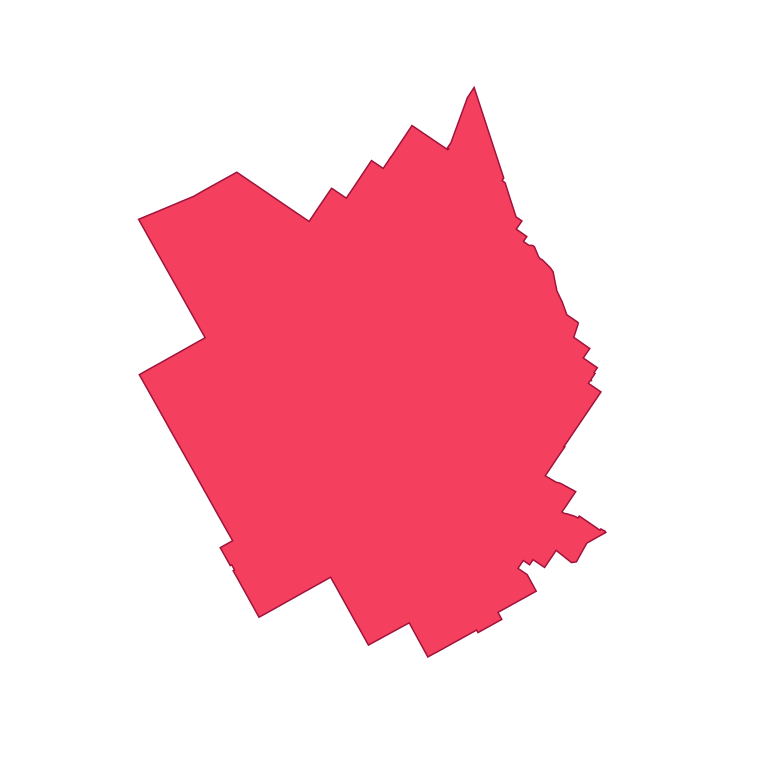 outline of Toodyay, Western Australia, Australia, rotated 331°
{"feature_id": "25037944B97460463632510", "entity_name": "Toodyay", "entity_type": "district", "adm_level": 2, "iso_a3": "AUS", "parent_name": "Australia", "parent_adm1": "Western Australia", "projection": "albers", "projection_center": [116.439, -31.47], "detail": "fine", "context": "isolated", "style": "filled", "palette": "rose", "viewbox_px": 768, "rotation_deg": 331, "n_neighbors": 0, "source": "geoboundaries", "source_scale": "gbopen_adm2", "svg_char_len": 2991}
<svg xmlns="http://www.w3.org/2000/svg" viewBox="0 0 768 768"><g transform="rotate(331 384 384)"><path d="M161.6,527.4L180.2,527.4L194.1,527.3L212.2,527.2L225.7,527.2L227.4,527.1L228.0,527.2L243.6,527.1L243.7,539.3L243.7,579.9L243.8,581.0L243.8,583.8L243.8,603.1L243.8,604.8L247.7,604.8L259.5,604.9L276.0,605.0L290.3,605.1L290.2,613.1L290.1,630.6L290.0,644.0L295.4,644.0L299.7,644.1L300.2,644.1L301.4,644.1L321.1,644.1L335.8,644.1L345.7,644.1L345.7,647.0L346.4,647.0L359.1,647.0L359.3,647.0L372.9,647.0L373.0,639.0L390.7,639.0L416.7,639.0L416.8,620.1L411.8,610.2L420.2,605.9L423.7,612.7L429.2,609.9L435.5,622.3L453.9,613.0L459.7,627.0L461.4,631.1L466.0,632.8L466.2,632.7L475.5,626.9L484.3,621.5L495.9,621.4L504.6,621.4L505.8,621.4L505.3,620.5L506.1,620.1L503.4,615.9L502.0,616.6L492.7,597.9L490.8,594.2L488.9,595.0L488.7,595.2L487.0,592.6L486.5,592.0L486.2,591.6L485.4,590.7L485.1,590.4L481.0,586.1L480.7,585.8L480.3,585.6L480.0,585.4L479.7,585.2L479.4,585.0L479.0,584.6L478.7,584.2L478.5,583.9L478.3,583.6L477.8,582.6L477.6,582.1L477.9,582.0L483.4,579.3L496.3,572.7L499.5,571.1L490.0,556.2L486.8,553.2L480.5,542.5L490.6,537.3L499.9,532.5L511.5,526.7L511.1,526.5L510.7,526.2L511.4,525.8L521.1,520.9L531.9,515.4L546.5,508.0L564.5,498.9L569.9,496.1L563.1,482.5L565.6,481.2L567.1,481.6L567.3,481.5L567.4,480.3L573.7,477.1L573.1,475.9L578.3,473.3L578.5,473.2L576.0,468.2L575.9,468.0L570.9,457.9L580.0,453.3L581.2,452.8L577.0,444.2L572.6,435.2L578.5,429.7L582.6,425.9L582.9,425.6L583.0,425.4L583.6,424.4L583.5,424.2L582.5,422.0L582.4,421.9L579.3,415.7L577.5,412.1L579.6,398.8L579.7,398.5L579.7,397.8L579.7,397.2L580.3,387.1L580.4,385.9L581.1,384.3L582.0,381.1L586.3,367.9L585.8,362.8L584.9,359.8L582.6,351.9L581.3,350.1L580.9,347.2L582.1,336.9L582.0,336.7L581.3,335.1L580.5,334.4L578.4,333.2L577.6,332.2L575.1,327.1L575.1,326.9L580.4,324.3L574.7,312.7L583.7,308.3L580.5,301.9L583.9,284.5L587.4,267.1L587.5,267.0L586.0,263.4L588.6,261.9L589.0,259.7L593.6,235.7L606.6,168.3L596.6,173.6L595.9,173.9L559.4,205.5L559.2,205.6L556.6,206.9L554.0,208.2L554.7,209.5L553.5,210.1L553.4,210.1L545.1,193.9L540.2,184.2L533.8,171.5L523.6,176.8L513.1,182.2L512.9,182.3L500.0,189.0L500.0,188.8L499.8,188.9L496.8,190.4L496.4,190.7L493.4,192.2L487.8,195.1L481.4,182.5L452.7,197.3L441.1,203.2L433.2,187.5L432.9,187.5L432.7,187.5L419.5,194.2L407.6,200.2L404.8,201.7L404.2,202.0L397.3,205.5L387.5,186.2L378.5,168.3L373.0,157.3L364.3,140.1L357.9,127.4L344.0,127.4L335.4,127.4L321.6,127.4L319.5,127.4L308.5,127.6L294.4,126.0L285.0,125.0L266.1,122.9L249.2,121.0L249.3,148.8L249.5,174.4L249.9,245.3L250.0,256.8L234.0,256.9L216.7,257.0L197.0,257.1L183.5,257.1L174.5,257.2L174.6,270.5L174.7,289.1L174.8,322.0L175.1,365.4L175.3,409.3L175.3,415.9L175.3,416.3L175.4,421.7L175.4,428.0L175.6,447.7L170.4,447.7L161.4,447.7L161.5,460.4L161.5,468.3L163.2,468.3L163.1,474.3L161.5,474.2L161.6,481.3L161.6,484.6L161.6,491.4L161.6,492.3L161.6,498.9L161.6,500.9L161.6,527.4Z" fill="#f43f5e" stroke="#9f1239" stroke-width="1.5"/></g></svg>